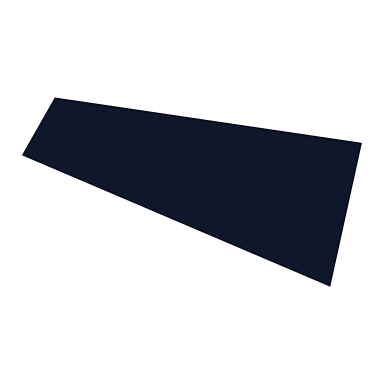 map outline of Anse aux Pins (Natural Earth projection)
{"feature_id": "SYC-5198", "entity_name": "Anse aux Pins", "entity_type": "state/province", "adm_level": 1, "iso_a3": "SYC", "parent_name": "Seychelles", "parent_adm1": "", "projection": "natural_earth1", "projection_center": [55.519, -4.683], "detail": "fine", "context": "isolated", "style": "filled", "palette": "ink", "viewbox_px": 384, "rotation_deg": 0, "n_neighbors": 0, "source": "natural_earth", "source_scale": "10m", "svg_char_len": 189}
<svg xmlns="http://www.w3.org/2000/svg" viewBox="0 0 384 384"><path d="M361.0,143.5L329.7,285.7L23.0,154.9L55.2,98.3L361.0,143.5Z" fill="#0f172a" stroke="#020617" stroke-width="1.5"/></svg>